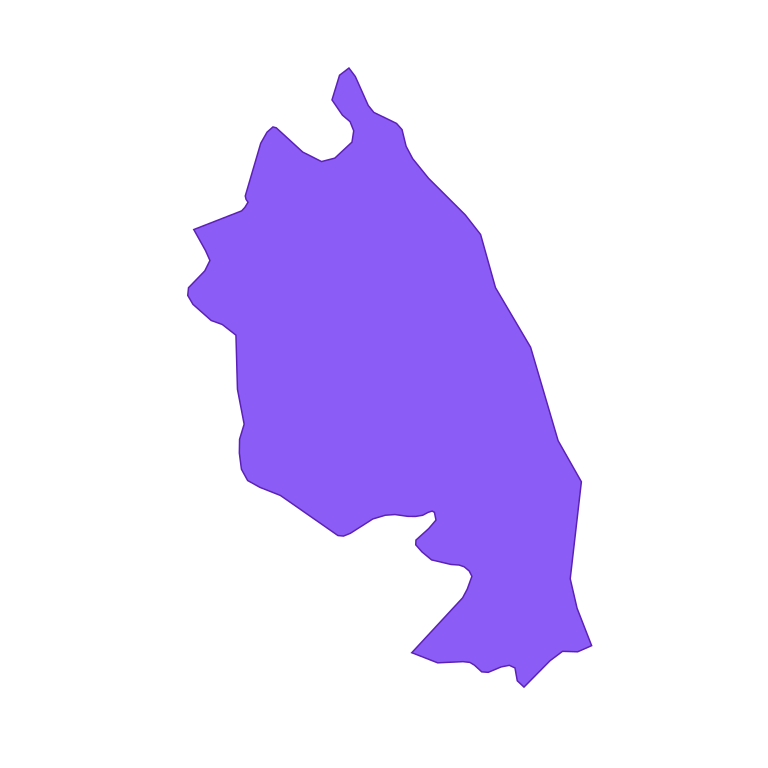 the border of Ciudad de la Habana, rotated 83°
{"feature_id": "CUB-1428", "entity_name": "Ciudad de la Habana", "entity_type": "Province", "adm_level": 1, "iso_a3": "CUB", "parent_name": "Cuba", "parent_adm1": "", "projection": "mercator", "projection_center": [-82.298, 23.071], "detail": "fine", "context": "isolated", "style": "filled", "palette": "violet", "viewbox_px": 768, "rotation_deg": 83, "n_neighbors": 0, "source": "natural_earth", "source_scale": "10m", "svg_char_len": 1305}
<svg xmlns="http://www.w3.org/2000/svg" viewBox="0 0 768 768"><g transform="rotate(83 384 384)"><path d="M66.1,380.3L75.3,375.0L105.6,365.7L113.2,361.0L126.9,339.8L133.7,335.1L150.7,333.1L163.8,328.1L185.3,314.7L226.1,282.7L247.4,269.9L302.0,261.6L365.4,234.0L461.5,218.1L505.1,200.0L600.0,222.9L630.1,219.7L669.0,209.8L673.4,224.4L671.1,239.4L678.8,252.8L701.9,282.0L694.8,287.9L681.8,288.6L678.5,293.9L679.1,302.3L682.9,315.7L681.6,322.1L674.1,328.5L670.8,332.7L669.2,339.4L667.3,364.7L654.1,389.2L605.8,332.0L597.8,326.4L585.6,320.2L580.0,322.2L575.2,326.7L572.8,331.6L571.3,339.5L564.4,358.2L555.4,366.7L547.5,372.1L542.8,371.3L533.0,357.3L525.4,349.0L517.5,349.6L516.0,351.7L516.8,355.9L519.0,361.6L519.3,368.9L518.3,376.4L514.9,389.0L514.4,398.6L516.6,411.6L528.1,435.6L530.0,442.7L528.8,448.2L482.0,500.4L471.5,519.7L463.2,531.1L451.2,535.9L434.9,536.0L421.3,534.1L406.8,527.7L371.4,530.1L317.5,525.0L305.2,537.3L299.9,547.8L281.7,563.9L272.2,568.0L264.6,566.3L249.9,548.1L240.2,541.7L229.8,544.9L207.5,554.0L194.8,504.2L191.8,500.6L187.0,496.8L184.0,498.4L180.5,498.8L130.0,477.0L119.8,469.4L115.3,462.9L116.6,459.7L143.9,436.4L155.6,418.9L153.8,405.3L140.0,386.3L129.0,383.2L119.5,385.7L112.1,392.5L95.7,401.0L72.1,390.5L66.1,380.3Z" fill="#8b5cf6" stroke="#5b21b6" stroke-width="1.5"/></g></svg>